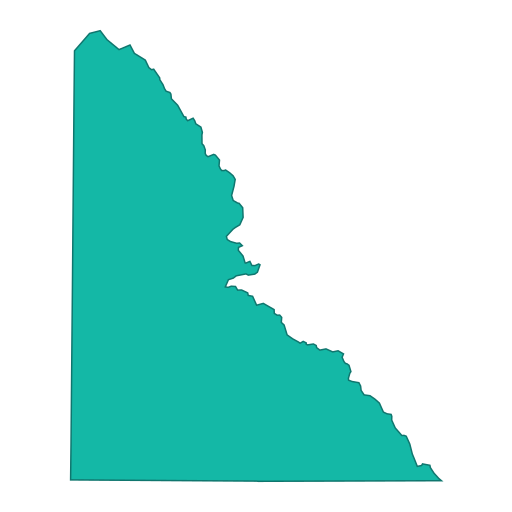 Shoshone, Idaho, United States of America (orthographic projection)
{"feature_id": "52423323B48637166565981", "entity_name": "Shoshone", "entity_type": "district", "adm_level": 2, "iso_a3": "USA", "parent_name": "United States of America", "parent_adm1": "Idaho", "projection": "orthographic", "projection_center": [-115.626, 47.501], "detail": "fine", "context": "isolated", "style": "filled", "palette": "teal", "viewbox_px": 512, "rotation_deg": 0, "n_neighbors": 0, "source": "geoboundaries", "source_scale": "gbopen_adm2", "svg_char_len": 2025}
<svg xmlns="http://www.w3.org/2000/svg" viewBox="0 0 512 512"><path d="M148.7,67.3L145.3,60.1L134.4,53.4L130.0,45.0L119.0,49.6L107.0,39.7L100.2,30.7L89.6,33.4L74.5,50.8L74.0,101.2L72.4,290.0L71.0,445.3L70.6,479.9L256.6,481.1L258.2,481.3L441.4,480.7L438.7,478.4L434.0,473.2L430.4,467.7L429.9,465.3L422.5,463.9L421.6,465.5L417.3,466.4L414.2,458.6L412.3,454.0L409.8,444.1L406.2,436.2L404.1,435.4L401.8,435.5L395.2,427.9L391.7,420.1L391.8,416.3L391.1,414.4L387.0,413.8L383.4,412.1L381.6,408.1L379.4,403.1L375.0,399.2L370.0,395.7L364.1,394.9L361.1,390.4L360.6,386.0L358.9,382.7L352.0,381.5L348.6,380.2L348.4,378.3L349.8,373.3L350.9,371.6L349.0,365.3L346.8,363.7L345.5,363.5L343.9,361.5L342.1,357.3L343.5,353.9L338.1,350.8L332.7,351.9L326.0,348.9L319.8,350.1L316.6,347.6L316.2,345.5L313.4,344.0L307.5,344.9L306.2,344.2L306.2,342.9L303.2,341.4L300.1,343.2L298.6,342.1L292.6,338.8L287.1,334.9L284.1,325.0L281.3,322.4L281.7,317.4L279.7,315.1L277.2,315.2L274.3,313.4L274.1,309.6L263.3,303.4L256.6,305.2L252.6,296.3L248.2,295.4L247.7,292.9L241.6,290.0L237.6,290.1L235.5,286.5L231.2,286.2L228.1,287.4L225.3,286.9L228.4,279.7L233.3,278.1L236.3,275.8L246.0,273.9L248.3,275.1L254.8,274.1L257.4,272.2L260.0,264.8L258.7,264.0L255.0,265.6L251.9,265.5L249.9,261.4L245.8,263.1L245.1,262.9L243.0,256.0L238.3,250.3L238.5,247.4L242.3,245.7L239.6,243.0L236.7,243.3L230.4,241.5L227.2,239.5L226.4,236.3L233.0,229.2L235.3,227.5L239.8,224.8L243.1,217.4L242.7,207.7L239.1,203.3L237.7,203.1L233.2,200.5L231.6,195.5L234.0,186.3L235.2,179.4L233.1,175.8L229.7,172.8L225.6,170.0L224.0,170.6L221.6,170.5L220.4,168.9L219.0,165.9L219.5,160.1L215.4,155.1L213.7,154.4L208.0,156.7L206.2,155.4L205.2,153.4L205.3,149.9L203.8,145.7L202.0,143.7L201.9,134.9L202.4,132.4L200.9,127.1L195.8,123.8L194.7,120.7L193.1,118.2L187.7,120.7L186.2,119.1L185.9,117.1L183.9,116.6L177.7,105.3L171.4,98.8L170.9,94.1L169.9,92.5L166.1,91.2L164.5,88.6L163.0,84.7L159.8,79.7L159.7,77.9L153.7,69.2L151.5,69.7L148.7,67.5L148.7,67.3Z" fill="#14b8a6" stroke="#0f766e" stroke-width="1.5"/></svg>